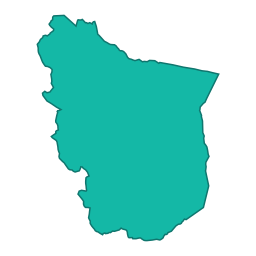 outline of Santa María Yavesía, Oaxaca, Mexico
{"feature_id": "50627088B32377939266128", "entity_name": "Santa María Yavesía", "entity_type": "district", "adm_level": 2, "iso_a3": "MEX", "parent_name": "Mexico", "parent_adm1": "Oaxaca", "projection": "mercator", "projection_center": [-96.422, 17.203], "detail": "fine", "context": "isolated", "style": "filled", "palette": "teal", "viewbox_px": 256, "rotation_deg": 0, "n_neighbors": 0, "source": "geoboundaries", "source_scale": "gbopen_adm2", "svg_char_len": 3385}
<svg xmlns="http://www.w3.org/2000/svg" viewBox="0 0 256 256"><path d="M218.7,74.1L212.1,72.6L207.5,71.4L202.0,70.8L194.6,69.0L183.5,67.2L172.8,64.8L159.8,62.5L158.8,63.3L154.8,60.7L149.6,60.4L147.2,61.7L144.2,61.4L142.5,61.8L142.0,61.5L139.8,59.9L139.1,59.4L135.5,60.5L134.9,60.6L133.0,60.0L131.4,59.3L129.0,58.7L127.6,57.4L125.8,53.8L123.7,51.6L122.6,51.0L121.2,50.7L120.3,50.8L119.3,50.1L118.6,48.9L117.2,47.5L116.2,46.0L114.6,44.8L110.6,44.5L109.5,44.1L106.8,42.5L104.4,41.3L99.0,35.3L97.8,34.4L96.3,26.4L96.2,26.1L94.7,21.5L93.4,21.8L92.4,23.0L92.2,23.9L89.7,22.7L87.9,23.5L86.6,22.7L85.4,22.7L82.6,19.7L82.2,19.4L81.5,19.9L80.5,20.0L79.8,20.0L78.8,19.9L78.1,19.8L77.6,20.5L76.0,26.1L64.1,15.4L53.8,15.9L53.1,16.6L52.7,17.2L52.6,19.7L51.0,21.0L50.8,21.8L49.1,24.1L49.7,25.3L51.0,26.7L51.4,27.3L52.2,27.8L53.0,28.5L53.7,29.0L53.6,30.3L53.2,30.9L50.2,33.1L49.9,33.9L47.3,35.9L46.5,35.6L45.8,35.3L44.9,35.4L43.7,35.8L43.2,35.9L42.7,37.6L40.5,39.4L39.3,41.9L37.3,44.3L38.2,47.9L38.2,50.1L38.4,52.1L39.1,54.0L40.1,55.7L41.0,58.1L42.0,60.7L42.7,62.3L44.2,64.6L45.4,66.2L47.7,66.5L50.3,67.7L52.1,69.5L51.9,72.2L50.9,74.4L51.7,79.2L51.8,81.6L51.3,83.3L52.4,85.4L53.5,87.4L52.1,89.2L49.8,92.1L46.9,92.7L44.8,91.3L42.5,93.2L43.0,95.6L47.0,101.0L50.4,103.0L52.8,104.6L54.3,105.6L56.0,106.8L57.3,107.6L59.5,108.7L61.0,109.6L59.1,110.5L57.7,110.7L57.2,111.5L57.7,112.3L56.8,115.5L55.7,120.7L55.8,122.1L57.2,124.0L57.9,125.9L58.0,128.2L58.3,129.9L56.3,130.8L55.7,131.8L55.9,133.3L53.4,135.0L51.3,136.5L52.2,137.6L53.4,138.5L54.6,139.3L56.3,140.5L57.1,142.2L57.3,143.6L57.9,146.8L58.1,149.4L58.7,151.6L59.5,153.3L59.0,156.6L59.5,158.4L62.7,161.6L64.1,162.7L65.8,165.2L68.4,168.9L69.7,169.7L72.1,170.0L73.3,171.2L75.1,172.0L79.3,170.8L79.9,169.6L80.6,167.8L80.8,166.8L82.2,167.0L83.4,168.4L85.6,169.8L87.5,172.2L89.0,176.0L86.8,177.0L86.0,177.8L85.7,181.2L85.7,183.2L86.1,186.0L86.3,188.4L86.6,190.4L86.0,191.1L83.8,190.7L81.6,190.3L79.2,191.1L78.0,194.1L79.5,195.9L81.5,198.4L82.6,199.8L83.6,201.3L83.5,204.1L84.1,205.9L85.4,207.4L88.1,207.5L90.1,208.0L89.6,211.0L89.3,214.0L88.6,217.8L89.5,219.8L90.2,220.9L90.2,223.4L91.6,225.8L93.1,227.7L94.5,229.3L95.2,230.6L96.5,231.5L98.0,231.9L100.2,233.4L102.6,234.7L103.2,233.6L104.9,233.0L105.5,233.6L107.9,233.3L109.1,232.5L110.5,232.6L112.5,231.1L114.5,231.3L119.3,229.9L121.1,228.1L122.3,228.9L124.0,229.4L125.8,229.8L126.8,230.7L127.3,232.2L127.5,234.0L128.2,236.9L129.0,237.7L132.4,237.6L132.8,238.7L135.6,238.7L136.1,238.7L138.6,238.1L139.4,238.0L140.0,237.9L140.4,238.0L140.7,238.0L141.6,238.8L144.0,240.3L144.4,240.4L144.9,240.5L146.1,240.6L146.8,240.6L152.5,240.0L156.3,239.3L156.7,239.3L157.3,239.4L159.5,239.9L159.8,239.9L160.5,239.7L161.0,239.4L162.2,238.6L162.8,238.1L163.1,237.8L163.7,236.3L164.9,234.5L165.0,234.4L165.3,234.3L165.5,234.4L165.8,234.6L166.2,234.5L166.9,234.2L167.2,234.0L167.5,233.7L167.8,232.8L168.0,232.6L168.3,232.5L171.4,231.2L175.9,225.9L178.4,224.2L179.6,224.1L180.2,224.0L181.3,223.3L182.1,221.9L183.5,220.6L183.9,219.6L184.4,219.1L186.1,219.6L203.4,207.5L208.7,185.9L205.5,170.8L205.6,170.7L206.1,166.8L205.7,164.2L205.9,162.2L209.0,156.4L208.2,154.4L207.6,150.4L206.9,147.0L205.6,144.9L204.3,143.3L203.7,138.2L204.2,136.0L202.8,132.7L202.5,121.0L201.4,116.6L201.5,115.4L199.6,110.3L199.9,109.8L200.2,107.0L203.3,103.4L205.0,102.2L206.7,98.4L218.7,74.1Z" fill="#14b8a6" stroke="#0f766e" stroke-width="1.5"/></svg>